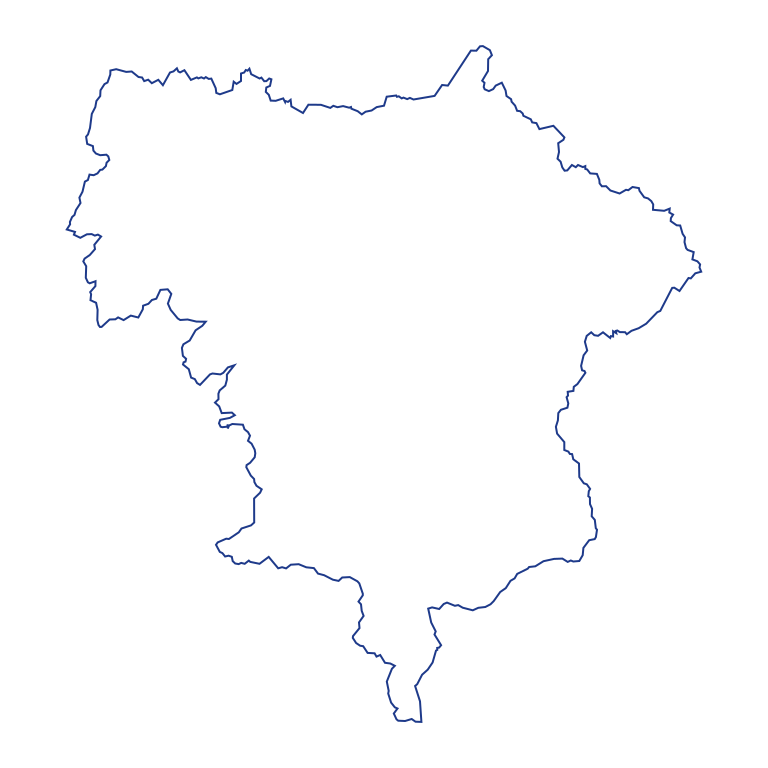 outline of Lucanas, Ayacucho, Peru
{"feature_id": "86281439B5175485015663", "entity_name": "Lucanas", "entity_type": "district", "adm_level": 2, "iso_a3": "PER", "parent_name": "Peru", "parent_adm1": "Ayacucho", "projection": "natural_earth1", "projection_center": [-74.354, -14.75], "detail": "fine", "context": "isolated", "style": "outline", "palette": "blue", "viewbox_px": 768, "rotation_deg": 0, "n_neighbors": 0, "source": "geoboundaries", "source_scale": "gbopen_adm2", "svg_char_len": 5992}
<svg xmlns="http://www.w3.org/2000/svg" viewBox="0 0 768 768"><path d="M682.6,233.8L680.2,225.5L676.7,225.3L670.7,221.1L670.9,218.1L673.1,214.6L669.3,212.5L669.7,208.6L664.2,210.8L653.0,209.8L653.2,204.4L651.3,201.1L648.0,198.4L644.2,197.3L639.5,190.8L638.9,188.1L632.5,187.0L628.3,190.2L626.0,189.8L619.6,193.5L610.4,190.5L606.1,186.2L601.9,186.3L599.6,183.4L599.3,179.8L596.9,173.9L590.2,173.4L587.2,169.5L585.3,168.9L585.3,166.1L582.9,167.1L578.0,165.0L575.8,167.2L571.9,165.0L567.3,170.4L564.6,170.7L562.3,167.4L560.6,161.7L557.5,158.7L559.0,152.0L558.2,143.2L563.4,139.8L564.4,137.4L553.4,125.8L539.4,129.1L536.4,123.1L532.2,122.4L530.8,119.3L523.4,115.8L522.7,113.5L520.2,111.2L517.1,110.8L515.1,105.6L511.6,101.7L511.1,99.2L506.5,96.0L505.6,90.5L501.8,82.7L495.7,85.6L493.2,89.1L488.9,91.1L484.7,89.3L483.7,87.0L484.5,82.8L482.2,80.7L488.0,71.0L488.2,59.2L491.9,55.2L489.9,50.2L482.9,46.1L480.0,46.3L476.4,50.7L470.9,50.6L447.9,85.6L442.1,85.0L434.6,95.9L413.5,99.5L409.9,97.9L407.2,99.1L403.4,97.6L401.7,98.4L398.8,96.3L396.9,96.8L396.2,95.5L386.7,96.7L384.0,105.7L376.7,107.1L371.6,110.5L365.6,111.7L361.8,114.4L357.7,111.2L351.4,108.7L351.0,107.0L349.2,107.7L343.1,106.1L337.4,107.2L333.3,105.8L330.3,107.9L320.9,104.8L308.4,104.7L303.0,113.0L291.4,106.4L290.6,99.8L288.0,101.9L285.4,101.0L285.1,102.1L283.2,98.4L275.7,100.8L270.7,100.6L268.8,94.8L265.8,91.9L266.3,87.5L270.0,85.9L271.4,79.3L269.2,78.5L266.4,81.1L264.2,81.2L261.4,77.6L259.6,78.5L251.2,74.2L249.4,68.7L247.6,70.7L245.8,70.0L244.2,72.5L241.0,73.5L241.0,81.0L236.5,83.9L233.7,81.7L232.3,90.0L219.9,94.3L216.3,92.9L215.7,88.2L211.3,78.6L208.7,78.9L205.8,77.1L204.0,78.5L201.3,77.3L198.3,78.4L196.9,77.4L190.9,79.9L184.4,70.2L180.1,72.4L178.3,71.5L176.9,68.3L173.5,71.4L170.0,72.5L162.9,85.2L158.3,79.8L151.8,83.2L148.2,79.7L144.2,81.1L142.1,77.5L138.5,77.0L131.7,71.5L126.2,71.9L116.2,69.2L110.4,70.5L110.3,74.5L107.5,82.5L104.5,84.1L100.5,90.3L100.2,96.1L96.4,101.0L95.3,107.1L91.8,113.9L90.0,128.0L88.0,134.4L86.1,136.7L87.2,143.9L92.9,146.1L93.4,150.6L95.9,153.5L100.2,155.2L106.4,154.7L108.3,156.4L109.3,160.0L106.6,162.7L105.9,166.1L102.4,169.6L100.2,169.9L97.5,173.4L93.7,175.2L89.5,174.6L87.9,180.0L84.9,181.6L82.5,191.7L79.4,197.6L80.5,203.0L75.9,210.1L74.5,214.9L72.1,217.0L69.9,222.0L70.1,224.3L66.8,229.5L75.0,231.9L73.9,234.7L80.3,237.8L86.9,234.3L91.7,234.1L94.8,235.6L97.9,234.6L101.1,236.5L94.3,244.8L95.0,249.1L89.8,255.0L84.6,258.6L83.3,261.4L86.2,266.2L85.8,277.8L87.9,282.3L89.7,283.3L95.5,281.2L95.4,286.1L90.2,292.1L91.1,294.2L90.5,300.2L96.1,302.8L97.6,309.8L97.3,320.1L98.5,325.0L100.0,327.0L101.6,326.9L109.6,319.5L115.4,319.3L118.1,317.4L123.6,320.1L130.8,315.6L138.3,317.5L142.8,309.3L143.1,305.7L148.4,303.8L151.9,300.0L156.3,298.7L160.4,289.9L167.7,289.3L171.3,293.9L167.9,303.6L170.7,309.9L177.7,318.4L180.2,320.0L187.6,319.5L196.5,321.6L205.7,321.7L202.3,325.8L195.6,330.3L189.7,340.5L183.4,344.3L181.9,347.9L182.9,355.9L186.1,358.8L185.5,361.6L183.6,362.3L183.0,364.5L188.8,369.2L191.1,377.6L194.8,379.1L197.1,383.1L200.0,384.9L210.0,374.4L212.5,373.5L220.4,374.4L223.3,372.8L227.9,367.4L234.3,365.3L226.9,374.6L226.9,379.7L225.3,385.6L219.7,390.4L218.4,393.7L218.5,399.2L215.0,402.6L219.2,406.4L221.7,413.1L231.9,412.6L234.8,415.2L229.9,417.9L220.2,419.8L219.0,423.3L220.6,426.7L222.3,427.2L227.8,426.6L227.3,424.5L228.3,426.2L227.7,428.6L229.1,425.5L232.3,424.0L242.9,424.7L244.5,429.3L248.0,432.1L250.0,435.7L248.0,440.8L251.6,443.7L254.7,449.7L255.3,453.3L254.7,457.3L250.1,462.8L246.6,465.1L246.3,467.2L250.8,475.6L254.1,479.0L254.4,482.1L256.5,485.8L261.7,489.3L260.1,492.7L254.1,498.5L254.2,522.5L251.0,525.4L241.5,528.5L238.8,532.3L228.9,539.0L226.2,538.7L217.7,542.4L216.0,544.8L219.8,551.9L222.4,553.1L225.1,556.5L228.6,555.7L231.8,556.8L232.7,561.1L235.2,563.5L238.7,564.1L241.2,562.9L244.7,563.8L248.8,560.6L250.3,561.9L259.5,563.8L268.7,556.9L278.2,568.3L282.1,567.2L286.1,568.4L290.8,564.7L298.7,564.2L306.3,567.3L313.9,568.1L318.0,573.6L324.1,575.2L332.9,579.7L338.6,580.9L342.2,577.5L349.8,577.1L357.4,581.3L359.3,583.4L362.8,593.7L362.8,595.3L358.5,601.6L361.0,604.3L361.7,610.8L363.6,615.9L359.0,622.4L359.5,628.1L353.0,636.1L352.8,637.9L356.1,643.0L360.1,645.7L363.2,646.2L367.6,652.9L374.6,653.3L376.5,656.6L380.2,655.0L385.0,662.8L390.3,663.5L394.8,665.8L391.9,668.8L386.8,681.6L388.7,690.9L388.2,693.5L391.1,702.6L394.8,707.3L397.5,708.5L393.8,713.5L396.5,719.3L398.2,720.7L405.1,721.0L411.7,719.0L415.5,721.7L421.4,721.9L420.0,701.3L415.1,686.0L417.2,684.2L422.1,674.7L427.7,669.7L432.6,662.5L436.0,650.6L437.3,649.9L437.2,647.9L439.1,647.6L441.1,645.2L434.5,634.5L435.7,631.4L431.2,622.5L428.2,608.6L432.1,607.4L439.2,609.0L443.7,604.0L447.0,602.6L454.9,605.8L458.2,605.1L462.7,607.7L472.8,610.3L478.3,607.8L485.3,607.0L490.5,604.3L493.7,601.1L500.2,592.0L505.8,588.1L510.5,580.8L514.6,578.4L517.2,573.9L527.7,568.7L529.1,567.0L535.3,566.3L543.5,561.2L554.1,558.9L562.4,558.6L567.7,561.9L570.8,560.5L573.3,561.5L579.3,561.0L582.7,555.2L583.4,547.9L589.2,540.2L594.7,539.1L595.9,537.1L597.0,529.7L595.8,528.2L594.8,519.9L591.7,516.3L592.1,508.8L590.0,504.1L589.9,497.5L588.3,496.2L588.8,491.2L590.1,488.9L586.8,484.3L583.8,483.3L579.3,477.0L579.0,463.5L573.3,459.3L572.1,454.1L569.8,453.9L568.4,451.6L564.3,450.0L564.3,442.1L557.1,433.6L555.9,426.8L557.9,420.4L558.3,413.1L560.9,409.8L567.4,407.7L568.3,403.4L566.6,397.2L568.0,395.6L567.7,391.8L573.4,390.9L573.8,386.8L577.4,384.1L585.4,372.8L584.5,371.0L582.1,370.3L581.1,365.9L583.6,355.3L587.2,350.5L584.9,341.8L586.7,335.9L591.2,332.3L594.3,335.2L598.1,335.8L603.0,332.3L610.2,338.0L610.9,336.1L613.1,336.5L613.1,331.2L616.3,333.2L615.8,330.9L617.3,330.5L619.9,332.1L625.1,332.2L626.8,334.2L631.5,330.8L638.7,328.2L646.2,323.7L657.3,312.2L660.3,310.9L672.2,287.9L674.3,287.7L679.5,291.0L688.5,278.0L690.8,278.4L695.3,273.3L701.2,271.7L699.5,267.5L700.1,264.4L697.4,261.3L692.4,259.4L693.7,252.1L687.6,249.9L686.1,248.2L684.5,242.1L685.0,237.4L682.6,233.8Z" fill="none" stroke="#1e3a8a" stroke-width="2"/></svg>